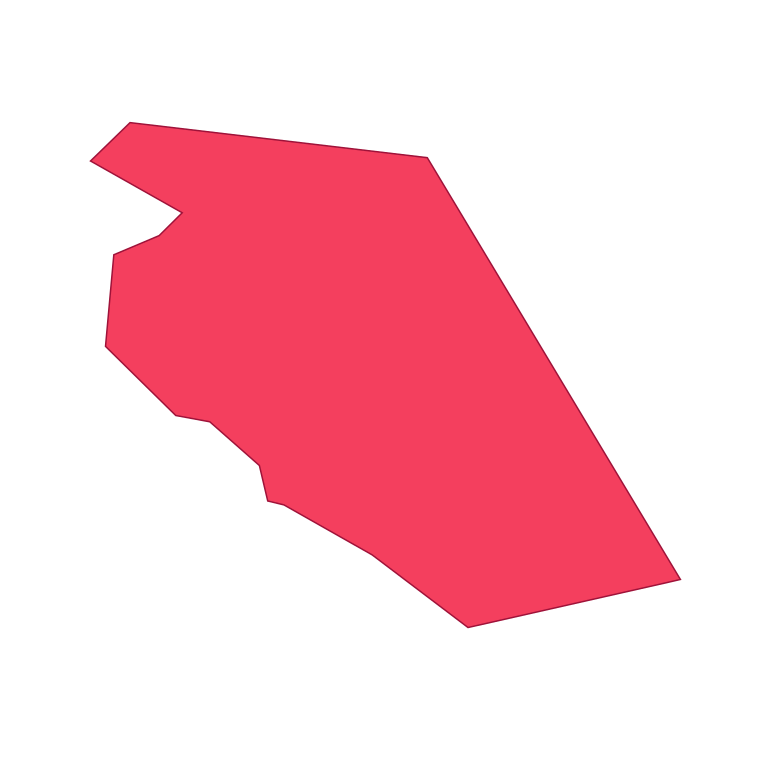 Skagway, Alaska, United States of America (Equal Earth projection), rotated 186°
{"feature_id": "52423323B42499529045056", "entity_name": "Skagway", "entity_type": "district", "adm_level": 2, "iso_a3": "USA", "parent_name": "United States of America", "parent_adm1": "Alaska", "projection": "equal_earth", "projection_center": [-135.23, 59.572], "detail": "fine", "context": "isolated", "style": "filled", "palette": "rose", "viewbox_px": 768, "rotation_deg": 186, "n_neighbors": 0, "source": "geoboundaries", "source_scale": "gbopen_adm2", "svg_char_len": 373}
<svg xmlns="http://www.w3.org/2000/svg" viewBox="0 0 768 768"><g transform="rotate(186 384 384)"><path d="M663.9,617.4L699.2,575.1L602.6,533.2L623.1,508.1L666.2,484.3L664.9,392.3L587.8,330.9L553.3,328.2L499.4,289.9L487.4,255.5L470.9,253.3L377.9,212.8L275.0,150.6L78.0,217.4L68.8,220.6L364.6,613.6L663.9,617.4Z" fill="#f43f5e" stroke="#9f1239" stroke-width="1.5"/></g></svg>